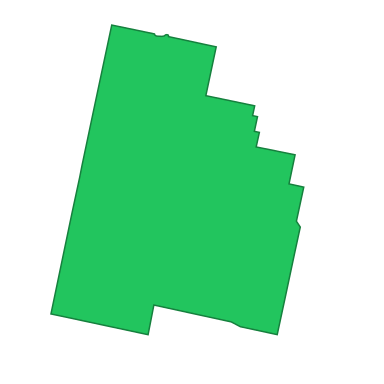 the district of Marion, Mississippi, United States of America, rotated 192°
{"feature_id": "52423323B28506543245034", "entity_name": "Marion", "entity_type": "district", "adm_level": 2, "iso_a3": "USA", "parent_name": "United States of America", "parent_adm1": "Mississippi", "projection": "orthographic", "projection_center": [-89.839, 31.217], "detail": "fine", "context": "isolated", "style": "filled", "palette": "green", "viewbox_px": 384, "rotation_deg": 192, "n_neighbors": 0, "source": "geoboundaries", "source_scale": "gbopen_adm2", "svg_char_len": 647}
<svg xmlns="http://www.w3.org/2000/svg" viewBox="0 0 384 384"><g transform="rotate(192 192 192)"><path d="M126.6,73.1L116.7,70.3L79.0,70.2L78.9,110.3L78.9,154.2L78.8,180.2L83.8,185.1L83.7,220.0L98.8,220.1L98.9,249.8L138.6,249.4L138.5,264.3L143.6,264.3L143.6,279.3L148.6,279.3L148.6,289.3L198.5,289.1L198.5,339.0L205.1,339.0L209.9,339.0L247.3,339.1L247.6,340.2L248.0,340.6L249.3,340.7L250.5,340.2L251.7,338.8L253.7,338.0L259.1,337.1L260.8,337.7L261.7,338.7L261.7,338.8L305.2,338.6L305.2,252.9L305.1,195.1L304.9,183.1L305.0,146.5L304.6,43.4L294.8,43.4L205.3,43.3L205.8,73.5L126.6,73.1Z" fill="#22c55e" stroke="#15803d" stroke-width="1.5"/></g></svg>